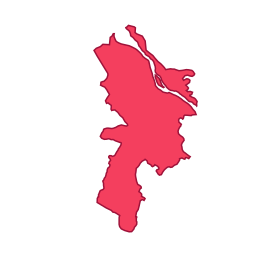 the district of Markz Maghagha, Al Minya, Egypt, rotated 300°
{"feature_id": "37247803B21152276423955", "entity_name": "Markz Maghagha", "entity_type": "district", "adm_level": 2, "iso_a3": "EGY", "parent_name": "Egypt", "parent_adm1": "Al Minya", "projection": "orthographic", "projection_center": [30.801, 28.641], "detail": "fine", "context": "isolated", "style": "filled", "palette": "rose", "viewbox_px": 256, "rotation_deg": 300, "n_neighbors": 0, "source": "geoboundaries", "source_scale": "gbopen_adm2", "svg_char_len": 5947}
<svg xmlns="http://www.w3.org/2000/svg" viewBox="0 0 256 256"><g transform="rotate(300 128 128)"><path d="M178.2,59.8L174.8,65.5L165.2,83.2L163.7,84.2L162.7,84.4L161.4,84.7L160.4,84.8L158.3,84.4L157.4,84.1L156.4,83.8L155.5,82.8L154.1,81.7L152.2,82.6L151.4,82.8L151.5,85.3L151.8,87.4L150.5,90.5L149.2,92.6L147.9,95.1L146.5,95.1L146.0,95.1L145.0,95.0L144.4,94.9L140.3,94.9L139.5,95.9L138.6,97.1L139.7,98.1L139.2,102.2L137.0,103.4L135.9,103.8L135.0,105.1L135.8,105.8L137.1,107.7L136.8,109.2L136.5,111.3L134.9,114.8L134.3,118.3L132.0,122.2L131.3,124.7L131.0,125.7L130.3,126.1L130.0,126.4L128.9,125.7L128.2,123.7L128.0,123.0L127.3,120.7L126.4,119.9L124.9,118.5L123.1,117.5L122.7,117.3L120.5,115.5L119.4,114.2L118.2,111.4L117.7,110.4L117.5,110.1L117.3,109.8L116.5,109.0L115.8,108.3L114.8,107.6L114.3,107.7L112.7,108.1L110.6,107.8L109.7,107.9L106.9,108.2L106.0,110.3L106.3,113.0L107.2,114.5L109.2,116.9L109.5,119.2L110.2,120.3L110.6,121.0L110.6,123.4L111.0,125.5L111.4,127.9L111.8,129.3L111.5,129.6L111.1,130.0L110.0,130.3L109.1,130.4L107.7,130.4L107.4,130.4L107.0,130.4L105.6,130.2L105.3,130.1L105.0,130.2L103.9,130.4L102.9,130.3L101.8,130.2L101.1,130.2L98.0,130.3L97.1,130.0L95.7,128.8L95.6,127.2L94.8,125.8L93.7,125.6L92.8,126.2L92.1,128.3L91.2,129.1L89.4,128.7L87.7,129.1L87.6,129.5L87.0,130.9L86.3,131.1L85.0,131.3L83.2,130.6L81.2,131.0L79.8,131.7L79.2,131.8L78.1,131.8L76.1,132.5L74.0,132.9L72.6,132.6L70.9,133.0L69.5,132.7L67.8,134.5L66.1,135.5L64.8,136.6L63.8,137.3L63.1,137.3L62.0,137.0L61.3,136.3L59.9,135.3L58.5,135.4L56.8,135.7L55.5,135.8L53.7,136.9L53.4,136.5L51.7,136.6L48.1,138.5L47.9,149.0L48.3,154.8L47.6,156.9L48.3,159.0L48.1,164.6L46.5,164.9L44.8,165.8L40.1,168.5L38.4,170.1L37.3,172.6L37.6,176.5L38.7,180.9L40.1,183.0L43.2,183.6L45.4,183.2L47.1,183.6L48.9,183.7L51.1,182.6L51.6,181.7L52.7,181.1L54.4,179.9L54.7,180.3L55.4,180.0L55.5,179.2L55.3,178.9L59.5,177.4L60.3,177.5L62.6,177.6L66.4,176.5L68.2,175.9L71.2,175.0L72.9,176.0L73.3,176.7L73.3,178.1L74.8,178.1L75.4,178.1L75.7,177.0L75.6,173.9L76.6,173.5L77.6,172.8L78.3,170.7L78.3,169.3L81.0,168.9L82.7,169.5L83.8,168.5L84.1,166.7L84.0,164.7L86.0,162.2L90.1,158.6L91.8,157.5L93.1,157.1L94.8,156.4L97.2,155.3L99.3,156.0L101.4,156.3L103.8,156.2L104.8,156.5L106.2,156.8L106.6,157.0L108.0,157.9L109.0,158.5L109.4,158.5L109.1,160.9L107.4,162.7L107.5,166.2L106.8,167.6L106.8,168.6L108.6,169.6L109.6,169.6L109.7,172.7L109.0,174.5L108.0,175.2L107.7,175.2L106.3,173.9L104.9,173.9L104.2,175.3L103.2,177.1L102.9,178.8L104.3,180.2L107.1,180.1L109.9,180.4L111.9,181.0L113.7,181.7L115.1,183.0L115.1,184.4L116.2,185.8L119.0,186.8L121.1,188.5L124.2,188.7L126.2,188.7L127.2,188.0L129.0,189.7L129.1,191.8L129.4,192.8L131.1,192.7L131.5,193.1L131.9,195.2L131.9,195.9L134.3,196.2L134.3,195.1L134.6,192.3L134.9,190.6L135.2,187.8L136.5,185.7L138.5,184.2L139.9,182.8L141.9,182.4L145.4,182.7L146.7,181.6L147.4,179.9L147.7,176.7L148.3,174.6L150.3,172.9L152.7,172.4L154.8,172.4L156.2,172.7L157.2,172.3L157.9,172.3L158.5,169.2L159.3,168.6L160.2,167.8L161.6,167.7L163.0,168.4L163.3,169.8L163.4,170.1L163.0,170.8L163.7,171.2L166.5,170.4L167.5,170.7L168.6,172.8L169.7,175.2L170.4,176.6L171.5,177.1L173.7,180.3L174.5,179.3L175.6,178.0L176.2,176.3L176.6,174.9L177.9,172.2L178.5,170.1L179.1,167.2L179.1,165.4L179.4,161.7L179.8,159.7L180.1,156.0L180.0,152.9L179.6,150.6L179.5,148.4L179.3,145.8L178.6,145.3L177.9,144.6L177.5,143.3L176.9,141.4L176.6,140.0L177.0,137.7L177.1,136.3L177.0,134.7L177.9,131.9L178.5,130.5L180.1,129.3L182.5,126.8L185.0,123.7L187.3,121.7L191.4,117.0L194.3,114.4L196.2,112.6L196.7,111.7L196.8,110.1L196.9,107.9L197.4,105.0L198.1,103.8L199.0,101.6L199.7,98.6L200.2,96.3L200.3,94.2L200.1,90.6L199.8,87.8L198.7,84.3L197.8,81.4L197.4,80.0L197.1,77.8L197.0,75.7L197.3,74.0L198.6,72.2L200.0,70.4L201.6,69.3L202.8,68.9L202.3,68.1L201.7,68.1L199.6,68.2L197.6,67.3L191.1,70.2L190.9,70.3L187.9,64.4L184.7,63.4L181.2,60.7L178.2,59.8ZM185.5,174.6L186.8,172.0L187.1,170.3L186.7,167.8L186.7,165.4L187.4,165.1L188.8,166.4L191.2,166.0L190.8,163.6L189.3,161.5L189.6,159.8L191.0,160.5L192.8,160.4L193.4,159.0L194.0,156.6L196.1,157.6L198.2,158.5L200.3,157.8L200.6,156.1L200.2,154.7L199.8,154.0L197.1,152.3L198.0,150.6L199.8,150.9L201.8,151.2L203.6,153.2L204.0,155.6L204.8,157.7L206.5,158.7L208.2,158.7L209.5,156.2L209.8,154.5L208.7,151.4L207.7,149.3L206.2,147.6L204.8,145.9L203.1,143.5L202.3,139.7L202.3,139.0L201.2,136.9L200.5,135.2L197.4,131.4L198.4,129.5L199.2,127.1L200.0,124.3L200.5,120.8L202.0,116.3L203.2,113.3L203.7,109.3L204.4,104.9L204.8,104.5L211.9,99.4L214.7,94.5L214.3,91.6L213.9,88.6L214.2,86.4L218.5,84.3L218.7,82.8L217.1,77.1L215.5,76.7L215.2,76.7L214.7,76.4L213.8,75.9L213.7,76.0L213.3,76.8L213.1,77.6L212.9,79.3L212.5,80.9L211.6,82.0L211.0,82.8L210.3,83.4L209.4,84.1L209.1,84.7L209.0,86.3L208.9,87.1L208.4,88.5L207.8,90.0L207.6,91.2L207.3,93.1L206.9,93.8L205.7,95.1L204.4,96.7L204.1,97.9L202.2,101.6L201.9,103.2L201.7,104.6L201.6,104.9L200.5,106.2L200.3,107.4L200.3,109.0L200.3,109.3L200.3,109.9L200.3,110.4L200.1,111.3L199.3,112.6L199.2,113.3L199.2,113.9L199.1,115.3L198.1,117.3L197.1,118.3L195.0,120.7L193.3,122.0L191.3,122.8L190.1,123.8L189.2,125.7L188.9,127.7L189.0,128.6L188.9,129.5L188.5,130.5L187.5,132.0L186.5,132.9L185.4,134.7L184.3,136.9L183.3,139.9L182.5,141.4L181.9,144.3L181.9,146.0L182.8,148.2L183.1,149.7L184.0,151.0L184.1,154.3L183.6,155.3L183.5,157.7L183.2,158.6L183.2,159.8L183.1,161.8L182.6,163.7L182.2,164.9L182.0,166.0L181.7,166.6L181.6,167.7L181.7,168.3L182.2,169.4L182.4,170.7L182.3,171.5L181.7,172.6L181.8,175.7L181.4,176.5L181.5,176.5L183.4,175.2L185.5,174.6ZM180.7,138.5L181.4,138.8L181.4,138.2L181.6,137.1L182.1,136.2L182.7,135.0L183.7,134.0L183.9,133.5L185.3,132.1L185.7,131.3L186.4,130.4L186.8,129.4L186.9,128.3L187.3,126.8L187.5,125.9L187.5,125.2L187.2,125.4L186.2,125.8L185.3,126.5L185.1,127.0L183.6,128.5L183.5,128.9L183.3,129.2L182.4,129.9L182.0,130.6L181.5,131.3L180.6,132.9L180.6,133.1L180.7,138.5Z" fill="#f43f5e" stroke="#9f1239" stroke-width="1.5"/></g></svg>